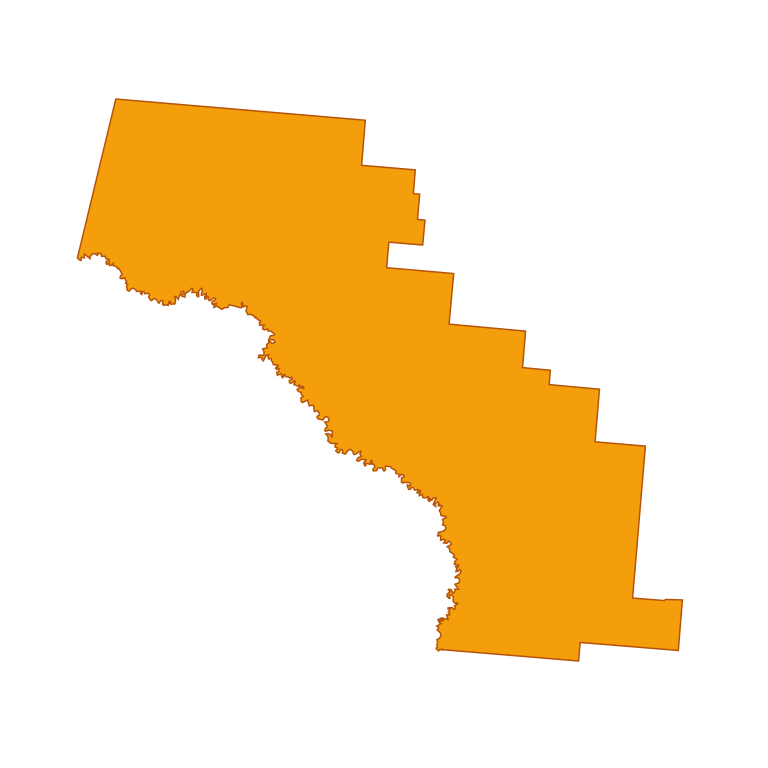 Aguirre, Santiago del Estero, Argentina, rotated 185°
{"feature_id": "61730980B73101966705720", "entity_name": "Aguirre", "entity_type": "district", "adm_level": 2, "iso_a3": "ARG", "parent_name": "Argentina", "parent_adm1": "Santiago del Estero", "projection": "orthographic", "projection_center": [-62.375, -29.263], "detail": "fine", "context": "isolated", "style": "filled", "palette": "amber", "viewbox_px": 768, "rotation_deg": 185, "n_neighbors": 0, "source": "geoboundaries", "source_scale": "gbopen_adm2", "svg_char_len": 6167}
<svg xmlns="http://www.w3.org/2000/svg" viewBox="0 0 768 768"><g transform="rotate(185 384 384)"><path d="M302.2,124.4L166.0,125.0L166.1,143.6L67.6,144.2L67.9,194.9L84.8,193.9L85.9,192.7L117.7,192.4L118.2,344.9L168.7,344.8L168.9,397.6L219.4,397.8L219.5,412.2L247.4,412.4L247.6,449.0L324.4,449.3L324.2,500.1L391.5,500.1L391.6,525.7L357.6,525.8L357.4,550.8L365.0,550.9L365.0,576.2L371.3,576.2L371.5,600.0L425.4,599.9L425.6,645.1L676.0,644.5L700.4,482.9L698.5,481.1L696.5,480.7L696.6,483.7L693.4,483.6L694.1,485.8L693.6,487.3L687.8,483.3L688.0,485.4L685.6,488.3L683.3,488.6L681.0,487.2L680.3,487.9L680.9,489.4L677.1,489.2L676.4,486.6L673.0,486.9L671.7,484.4L668.6,484.0L668.6,482.6L671.3,482.0L671.4,480.2L670.5,479.0L668.2,480.5L668.1,478.4L666.4,478.2L664.2,480.6L664.2,478.4L660.7,477.5L659.2,475.6L657.9,475.7L654.4,470.5L656.0,468.4L656.2,466.6L654.3,466.0L651.4,467.3L650.8,465.2L649.2,463.6L650.2,461.8L648.0,460.9L649.0,458.8L647.9,455.0L645.8,454.3L644.2,456.8L642.2,457.6L639.1,455.9L638.7,454.7L634.4,455.1L634.4,452.9L633.1,452.1L632.8,454.9L631.4,455.2L630.2,453.1L626.8,453.8L625.4,452.8L626.0,450.0L623.8,447.1L622.7,446.8L621.3,448.7L619.7,449.0L617.6,448.0L616.0,445.2L615.0,445.0L614.0,447.2L612.4,448.0L611.4,447.3L611.7,444.3L610.3,443.1L607.6,444.0L605.9,443.4L605.3,447.6L603.7,447.4L604.3,445.7L603.5,444.9L599.3,445.6L598.9,449.3L600.2,452.9L599.3,453.1L596.2,450.5L595.9,453.6L594.5,454.8L594.3,458.0L591.9,459.0L591.3,457.3L592.8,456.1L593.0,453.9L589.9,453.3L589.9,456.8L586.1,459.6L583.7,462.7L582.6,461.6L583.3,458.5L578.3,458.8L578.5,455.9L577.5,454.9L576.2,454.9L576.8,460.3L574.1,463.5L573.2,462.2L573.8,456.8L573.1,456.4L569.0,458.7L569.0,456.8L570.3,455.4L569.9,453.2L568.7,453.2L568.5,455.4L567.6,455.9L566.7,455.8L566.7,453.3L565.2,451.7L561.3,454.8L559.7,454.7L559.1,453.1L562.2,451.4L562.6,449.2L561.9,448.4L558.0,449.6L558.4,448.5L560.2,447.8L560.1,445.4L557.2,447.0L551.9,444.2L550.1,445.9L546.2,446.6L545.1,449.5L533.2,447.5L531.8,448.4L533.2,451.7L532.1,453.7L532.3,451.4L530.7,448.6L528.7,449.8L527.0,449.4L527.9,444.6L525.5,441.1L523.2,441.9L521.1,441.1L518.4,439.7L518.4,438.8L516.8,439.1L515.6,437.2L512.5,436.1L512.2,435.1L513.5,434.4L513.1,431.6L508.5,432.4L510.0,429.5L509.5,428.1L507.6,427.5L504.7,428.7L504.1,426.7L501.4,426.9L497.5,424.3L497.9,423.0L501.5,421.9L502.2,419.1L500.6,418.1L497.6,418.4L496.2,416.6L497.6,415.1L499.3,414.8L502.7,417.5L502.4,414.9L504.4,413.1L503.8,409.8L508.0,408.4L506.4,405.9L506.1,402.1L511.0,401.9L511.5,399.2L508.2,399.9L507.4,397.4L506.2,396.6L503.8,402.5L501.4,402.9L502.0,401.2L501.1,398.9L498.3,399.5L498.3,397.5L496.7,395.9L496.1,393.8L491.2,393.3L493.4,390.3L492.0,389.1L491.3,390.7L489.8,390.1L490.1,386.8L491.9,386.2L490.9,383.3L487.6,385.5L486.4,382.2L485.3,381.4L484.8,384.6L483.9,385.0L483.0,382.8L480.1,382.8L478.5,381.7L476.4,382.8L475.7,381.2L478.7,379.0L478.2,376.9L476.8,376.6L473.2,379.4L472.7,378.2L473.9,376.2L473.4,375.4L469.1,374.3L468.1,375.7L467.3,374.2L464.9,374.6L463.4,373.5L463.9,372.5L467.7,373.2L470.1,371.1L468.5,369.1L465.8,368.3L465.7,366.8L463.4,364.6L465.5,363.1L464.9,359.2L463.6,358.4L458.8,361.4L456.6,355.8L452.4,356.7L451.0,350.5L447.9,351.4L445.7,349.2L445.7,347.3L447.8,346.0L447.8,344.7L446.2,343.4L441.7,342.8L439.8,346.3L437.4,346.2L436.3,345.0L435.7,343.5L436.2,341.9L439.7,340.8L437.0,337.4L437.0,335.9L438.6,334.5L438.9,332.7L438.3,331.8L434.6,333.2L431.0,332.5L431.4,329.8L430.7,327.3L431.3,326.8L433.1,329.0L435.5,329.8L437.6,329.1L435.0,326.5L434.9,322.3L431.8,320.3L425.8,320.4L427.1,319.3L427.5,317.1L424.8,316.2L424.6,315.2L426.3,313.4L425.7,312.6L423.4,311.3L422.3,312.4L422.0,315.0L420.4,314.9L419.3,314.0L419.4,311.5L416.5,310.7L414.0,314.7L411.9,316.0L408.6,313.7L408.5,311.7L407.2,311.1L401.6,315.1L401.0,314.6L401.8,312.1L400.4,310.0L403.7,308.1L404.5,305.4L402.4,304.9L400.0,307.1L395.3,306.9L397.3,303.5L396.1,300.8L395.0,301.2L395.8,302.7L395.3,303.3L391.0,302.9L390.0,306.7L388.8,305.7L389.5,303.1L387.3,303.3L385.8,300.7L387.7,297.9L387.0,296.4L383.7,297.2L382.9,299.7L382.0,300.0L378.1,300.3L377.0,297.6L376.2,297.4L375.1,298.6L375.4,302.5L370.1,302.1L368.5,300.3L365.5,299.3L364.2,297.7L364.6,296.1L361.3,295.4L360.9,292.9L358.5,295.6L355.7,294.5L356.1,293.0L358.3,292.1L358.1,287.7L356.4,286.9L355.7,287.8L349.8,287.9L348.6,286.4L348.9,285.6L349.7,284.8L351.8,285.5L352.1,284.9L350.3,281.2L348.4,281.4L348.1,283.2L347.0,283.4L345.8,283.3L344.2,280.9L341.4,281.7L338.8,281.1L341.2,279.9L341.7,278.6L340.1,278.2L338.6,279.2L339.2,275.9L336.2,277.3L335.5,274.3L333.2,274.0L330.2,275.7L330.1,272.5L328.6,270.9L327.8,271.9L328.7,273.1L328.3,274.0L327.3,272.6L326.1,272.5L325.6,274.4L322.1,275.3L324.5,268.3L321.9,266.4L322.4,269.5L320.3,271.0L319.3,270.6L319.4,267.4L318.6,267.2L317.9,268.8L317.0,267.6L315.4,267.7L317.9,262.6L316.2,260.3L315.8,257.9L310.9,257.4L310.3,256.1L313.0,255.1L313.9,253.8L312.7,251.9L313.4,248.7L310.5,248.1L309.7,245.0L312.5,242.3L317.0,240.9L316.4,239.8L317.5,238.2L317.2,237.3L314.3,237.9L313.9,233.3L311.1,234.5L309.0,233.7L310.7,230.9L307.6,230.8L305.6,233.3L304.1,232.2L302.8,230.0L306.8,227.5L304.3,225.6L303.8,222.7L299.5,220.4L299.1,219.0L299.9,217.6L296.0,215.9L298.1,213.1L297.7,211.6L298.4,210.8L296.5,209.9L294.2,210.4L293.8,209.5L294.3,208.4L296.5,208.2L295.3,206.8L296.0,203.5L294.0,203.9L292.5,205.8L290.9,204.3L291.8,201.7L296.3,197.9L296.0,197.0L293.3,197.6L291.6,195.2L291.9,192.5L295.9,190.7L291.8,186.1L295.5,185.8L295.3,183.9L296.5,181.7L297.5,181.9L298.7,184.7L301.4,185.3L302.0,184.7L300.1,183.0L302.8,180.2L302.6,177.9L300.3,176.0L299.5,176.4L300.6,179.6L298.5,179.9L296.4,178.1L296.2,173.4L293.9,171.7L291.7,172.3L291.5,171.2L294.5,169.3L293.3,167.0L294.5,165.3L296.4,167.2L300.6,166.7L300.7,165.6L298.7,165.8L299.4,164.4L299.0,163.1L300.1,162.3L298.4,159.8L301.5,159.4L299.7,155.0L306.3,156.0L309.7,153.9L308.9,152.8L307.3,154.2L304.2,154.5L304.2,153.7L308.4,152.3L308.3,151.1L306.3,150.3L310.3,147.4L308.6,146.8L308.6,144.9L309.6,143.7L306.3,141.1L305.3,138.4L306.5,135.7L309.0,133.9L307.9,130.9L308.7,129.0L307.8,126.4L309.0,125.4L308.8,124.6L306.4,122.9L305.2,124.5L303.4,124.1L302.9,125.1L302.2,124.4Z" fill="#f59e0b" stroke="#b45309" stroke-width="1.5"/></g></svg>